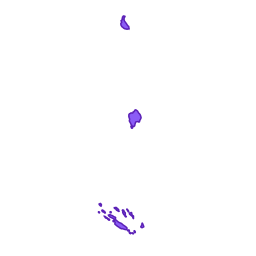 Kien Hai, Vietnam, rotated 310°
{"feature_id": "81297802B10550571931229", "entity_name": "Kien Hai", "entity_type": "district", "adm_level": 2, "iso_a3": "VNM", "parent_name": "Vietnam", "parent_adm1": "", "projection": "equal_earth", "projection_center": [104.487, 9.804], "detail": "fine", "context": "isolated", "style": "filled", "palette": "violet", "viewbox_px": 256, "rotation_deg": 310, "n_neighbors": 0, "source": "geoboundaries", "source_scale": "gbopen_adm2", "svg_char_len": 5497}
<svg xmlns="http://www.w3.org/2000/svg" viewBox="0 0 256 256"><g transform="rotate(310 128 128)"><path d="M140.9,120.6L140.0,120.0L139.0,120.0L138.7,120.2L138.4,120.5L137.6,120.9L137.5,121.1L137.2,121.6L136.9,121.8L136.6,122.2L136.1,123.2L135.9,123.5L135.5,123.8L134.5,124.3L134.2,124.6L134.0,125.0L133.2,127.2L132.7,128.0L132.6,128.3L132.5,129.2L132.2,129.5L131.9,129.7L131.6,129.3L131.5,129.2L131.2,129.1L130.6,129.9L130.4,130.5L130.2,130.7L130.2,130.9L130.3,131.1L130.4,131.3L130.9,131.4L131.6,130.6L131.8,130.5L132.1,130.5L132.6,130.8L132.8,131.1L132.9,131.3L132.7,131.4L132.7,131.5L134.0,131.7L135.6,130.8L136.3,130.6L136.9,130.2L137.6,130.1L138.4,130.6L139.3,131.5L139.5,132.0L139.5,132.3L139.5,132.5L140.0,132.8L140.3,132.7L140.8,132.5L141.2,132.1L141.4,132.1L141.8,132.1L142.1,132.1L144.2,131.5L145.3,130.1L146.1,128.5L146.2,127.9L146.3,127.4L146.3,126.5L147.1,124.5L147.1,124.1L147.0,122.6L146.6,121.9L146.4,121.9L145.7,121.8L145.2,122.1L144.8,122.0L144.6,122.1L144.4,122.1L143.8,121.7L143.6,121.6L143.1,122.0L142.7,122.0L142.3,121.8L142.2,121.6L141.8,121.0L141.5,120.6L141.3,120.5L140.9,120.6ZM50.1,176.9L50.4,176.6L50.8,176.5L51.2,176.3L51.4,176.1L51.4,175.9L51.5,175.6L51.4,175.3L51.2,174.9L51.0,174.1L50.9,172.6L50.8,172.2L50.3,171.0L50.1,170.1L49.9,169.6L49.2,169.4L48.7,169.0L48.4,169.3L48.3,169.7L48.3,171.6L48.4,172.2L49.0,174.3L49.1,174.8L49.1,176.7L48.9,177.0L48.6,177.1L48.4,177.1L48.2,177.1L47.6,176.3L47.4,176.2L47.2,176.2L46.9,176.5L46.8,176.8L46.9,177.1L47.6,178.2L47.6,178.7L47.4,178.9L46.1,179.5L45.9,179.9L45.9,180.4L45.9,181.5L45.9,183.0L45.9,183.4L46.2,184.3L46.1,185.3L46.1,185.7L46.3,186.2L46.5,187.6L46.6,187.8L47.0,188.1L47.3,188.5L48.4,191.2L48.7,191.6L48.9,191.8L49.5,192.1L49.8,192.1L50.3,191.9L50.7,191.5L50.9,191.0L50.9,190.6L50.9,189.4L50.6,186.5L50.7,184.9L50.7,184.4L49.9,181.8L49.8,181.0L49.8,180.2L49.8,177.7L50.1,176.9ZM210.9,52.5L210.5,52.4L209.8,52.6L209.4,52.5L208.8,52.9L208.1,53.2L208.0,53.3L208.0,53.6L207.9,53.8L207.7,53.7L207.5,53.8L207.4,53.7L207.0,54.0L206.5,53.8L206.0,53.9L205.8,53.7L205.7,53.7L205.5,53.9L205.5,54.4L205.3,54.7L205.1,55.1L204.6,55.3L204.1,55.2L203.6,55.3L203.1,55.6L202.2,56.7L201.7,58.2L201.7,58.4L201.8,59.5L201.7,60.2L201.7,60.5L201.8,61.0L202.0,61.5L202.0,62.0L202.3,62.4L202.5,62.5L202.7,63.0L202.9,63.3L202.9,63.6L203.0,63.8L203.3,64.0L204.0,64.3L204.4,64.9L204.4,65.1L204.8,65.0L205.0,64.8L205.0,64.7L205.2,64.4L206.0,63.6L206.2,63.3L206.3,63.1L206.2,62.6L206.2,62.0L206.5,61.2L206.5,60.7L207.0,59.7L207.0,59.4L207.5,57.3L207.6,56.7L207.8,56.2L208.3,55.8L208.6,55.0L208.8,54.8L209.3,54.7L209.8,54.4L210.0,54.2L210.5,54.1L211.1,54.2L211.3,54.2L211.5,53.9L211.6,53.7L210.9,52.5ZM59.4,181.9L59.8,181.4L60.2,181.4L60.5,181.2L61.3,180.3L61.4,180.1L61.4,179.3L61.5,179.0L61.9,178.2L62.2,177.8L62.2,177.6L62.1,177.0L61.9,176.6L61.7,176.5L61.2,176.6L60.5,178.1L59.8,178.3L59.6,178.6L59.5,179.3L59.4,179.7L59.0,180.1L58.9,180.4L59.0,181.1L59.1,181.6L59.3,182.0L59.4,181.9ZM62.2,190.3L62.4,190.3L63.4,189.3L63.8,189.1L64.1,188.7L64.1,188.3L63.9,187.6L64.0,187.2L64.6,186.2L65.4,185.3L65.3,184.7L64.6,184.5L64.1,184.0L63.8,183.9L63.4,184.0L63.1,184.3L63.0,185.0L63.0,185.8L63.0,186.9L63.0,188.0L62.8,188.7L62.1,190.0L62.1,190.3L62.2,190.3ZM58.5,170.0L58.3,168.8L58.2,168.7L58.1,168.8L57.9,168.9L57.8,169.6L57.8,169.8L58.1,170.3L58.0,170.8L57.8,171.5L57.7,172.2L57.7,172.4L57.9,172.9L58.0,174.1L58.2,174.6L58.4,174.7L58.5,174.7L58.7,174.1L59.0,173.7L59.5,173.2L59.6,172.8L59.4,172.0L59.4,171.6L59.6,171.1L59.6,170.8L59.6,170.2L59.4,169.8L59.2,169.6L58.7,170.0L58.5,170.0ZM64.1,200.8L64.3,200.3L64.3,200.1L64.1,200.0L63.9,200.0L63.7,200.2L63.0,200.8L62.3,200.8L61.4,201.2L60.7,201.2L60.4,201.6L60.3,201.9L60.4,202.3L60.7,202.9L60.9,203.0L62.4,203.6L62.7,203.4L64.1,200.8ZM48.4,165.2L48.6,165.0L48.8,164.3L49.1,163.7L48.9,162.8L48.9,161.4L48.6,161.0L48.2,160.9L47.8,161.2L47.7,161.5L47.6,162.3L47.6,162.7L48.0,163.8L48.0,164.2L47.9,164.7L48.0,165.0L48.4,165.2ZM45.5,173.0L45.8,173.0L46.0,172.6L46.1,172.2L45.7,171.1L45.8,169.9L45.6,169.1L45.5,167.6L45.4,166.8L45.2,166.6L45.0,167.4L44.7,168.3L44.7,168.8L45.1,169.6L45.2,169.9L45.2,170.3L45.1,171.8L45.1,172.6L45.3,172.9L45.5,173.0ZM52.1,156.9L52.3,156.7L52.5,155.9L52.5,155.4L52.3,155.2L51.8,155.1L51.3,154.7L51.2,154.7L51.1,154.8L50.8,155.3L50.6,156.7L50.7,157.4L50.8,157.6L51.0,157.6L51.6,157.0L52.0,157.1L52.1,156.9ZM49.8,195.1L50.2,195.0L50.4,194.8L50.5,194.7L50.5,194.3L50.1,193.8L49.4,193.4L49.2,193.4L49.1,193.7L49.3,194.5L49.6,195.0L49.8,195.1ZM52.5,200.7L53.0,200.5L53.3,200.0L53.5,199.2L53.4,198.9L53.2,198.8L52.9,198.9L52.5,199.4L52.3,200.3L52.3,200.6L52.5,200.7ZM48.7,197.8L48.9,197.7L49.1,197.5L49.3,197.1L49.3,196.9L49.3,196.3L49.2,196.1L48.8,196.1L48.6,196.4L48.5,196.6L48.4,196.9L48.5,197.6L48.6,197.8L48.7,197.8ZM59.1,183.6L59.2,182.5L59.2,182.1L58.6,182.2L58.4,182.7L58.4,183.2L58.5,183.5L58.9,183.7L59.1,183.6ZM52.3,169.5L52.7,169.2L52.9,168.8L52.8,168.6L52.7,168.4L52.3,168.2L52.1,168.2L51.9,168.4L51.8,169.0L51.9,169.3L52.0,169.4L52.3,169.5ZM50.5,200.1L50.8,199.9L50.8,199.5L50.6,199.1L50.4,198.5L50.1,198.3L49.9,198.4L49.9,198.6L50.1,199.7L50.2,200.0L50.5,200.1ZM44.5,160.6L44.9,160.6L45.0,160.5L45.2,160.1L45.2,159.7L45.0,159.4L44.9,159.3L44.5,159.5L44.4,159.9L44.4,160.5L44.5,160.6ZM65.1,180.6L65.2,180.2L65.3,179.6L65.2,179.3L64.9,179.3L64.7,179.6L64.6,180.4L64.7,180.6L64.9,180.7L65.1,180.6ZM64.1,182.4L64.5,182.2L64.8,181.7L64.9,181.3L64.7,181.0L64.3,181.1L64.0,182.0L64.0,182.3L64.1,182.4Z" fill="#8b5cf6" stroke="#5b21b6" stroke-width="1.5"/></g></svg>